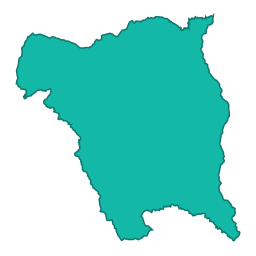 Samoeng, Chiang Mai, Thailand
{"feature_id": "78962969B23255460238511", "entity_name": "Samoeng", "entity_type": "district", "adm_level": 2, "iso_a3": "THA", "parent_name": "Thailand", "parent_adm1": "Chiang Mai", "projection": "natural_earth1", "projection_center": [98.669, 18.902], "detail": "fine", "context": "isolated", "style": "filled", "palette": "teal", "viewbox_px": 256, "rotation_deg": 0, "n_neighbors": 0, "source": "geoboundaries", "source_scale": "gbopen_adm2", "svg_char_len": 5740}
<svg xmlns="http://www.w3.org/2000/svg" viewBox="0 0 256 256"><path d="M53.8,111.7L59.2,113.5L58.8,114.6L59.2,115.7L58.2,118.2L58.2,119.2L59.5,119.7L60.8,118.6L62.0,119.7L63.2,120.2L63.4,120.8L65.1,120.6L66.6,121.2L68.4,123.1L68.4,123.9L69.0,123.3L69.3,124.3L70.9,125.1L71.4,124.8L70.5,127.0L72.6,128.3L73.4,130.1L74.9,130.9L75.4,132.1L76.4,132.5L76.8,133.8L77.8,134.4L78.1,135.1L80.5,137.3L80.6,139.0L79.7,140.2L79.1,139.7L78.8,140.7L79.1,141.9L78.4,142.5L79.6,143.6L79.1,144.8L79.8,145.7L79.5,147.0L80.1,148.5L78.2,150.3L78.2,151.4L77.4,151.4L74.9,153.2L74.8,154.9L76.6,156.3L78.3,156.3L78.8,156.7L79.6,159.0L80.6,159.7L81.1,161.4L80.8,162.0L81.5,162.5L81.3,164.1L82.5,166.6L82.4,169.5L83.9,171.5L84.9,171.4L86.6,172.2L87.0,173.3L87.7,173.8L87.6,176.0L89.0,176.8L89.1,178.7L90.5,179.8L90.8,184.1L92.5,185.4L93.2,188.1L94.2,188.1L95.6,189.9L98.2,191.7L98.2,193.6L100.4,195.6L100.5,197.7L99.7,197.9L99.1,199.4L100.0,205.6L101.0,208.1L100.9,209.9L100.2,211.5L103.9,212.3L104.8,212.9L106.0,215.0L106.2,217.6L107.2,220.5L108.6,220.1L110.2,220.6L111.5,219.7L112.2,220.0L112.9,224.1L114.3,225.5L114.6,228.3L116.0,228.7L116.3,231.0L117.9,235.1L121.4,240.2L121.9,240.4L124.4,238.4L125.9,239.1L127.8,239.1L129.2,239.6L133.2,239.5L135.2,238.4L138.6,239.7L142.5,237.4L143.9,235.8L146.7,236.0L147.7,234.4L148.8,231.3L150.8,230.0L152.4,229.8L148.4,226.1L145.8,225.8L145.2,225.3L144.0,222.7L142.5,217.7L141.0,216.2L142.9,212.8L144.3,211.2L147.2,210.0L147.9,210.8L149.2,210.6L151.5,212.5L152.2,211.9L152.2,210.8L153.1,209.5L154.8,209.6L155.3,210.8L156.0,210.2L157.2,210.0L158.5,210.0L159.3,210.5L159.8,210.0L159.7,209.0L163.2,209.1L163.1,208.5L164.1,207.0L164.0,206.3L166.0,207.0L166.3,206.3L168.0,206.7L169.7,206.1L170.3,206.9L170.8,206.7L170.7,205.8L171.5,204.7L172.7,204.3L174.7,205.8L177.3,205.2L178.8,207.2L179.1,208.7L180.6,208.1L181.3,209.2L182.1,208.9L183.5,209.3L185.4,210.5L187.5,210.2L188.9,211.3L189.1,213.1L191.4,213.7L192.4,215.0L192.9,214.9L193.1,215.8L195.1,215.4L197.4,214.0L200.7,214.3L202.0,213.3L203.0,213.8L203.9,213.4L205.5,213.9L205.7,214.9L204.9,215.8L205.1,217.2L206.2,217.3L206.7,218.2L207.7,218.6L209.5,218.0L209.9,221.4L211.6,221.5L213.5,222.3L214.0,223.7L215.8,225.3L216.0,227.5L216.8,226.7L217.3,226.8L217.1,227.7L217.8,229.1L219.8,228.1L220.7,229.4L221.9,230.2L221.9,232.5L223.9,231.9L227.2,234.1L227.8,236.4L229.2,236.8L229.8,237.7L231.9,238.3L232.8,240.2L233.6,240.6L234.2,240.6L235.4,238.4L237.8,236.8L239.1,234.9L239.7,233.4L239.7,232.2L239.0,231.6L237.6,231.5L236.3,229.0L236.9,227.5L235.1,226.3L236.0,223.4L233.1,221.4L231.9,218.8L232.1,217.0L234.4,215.5L234.6,214.0L235.4,212.7L234.8,211.2L235.0,208.5L231.6,206.6L231.0,204.5L227.7,200.4L224.7,200.2L223.6,199.5L222.8,198.2L222.3,196.1L219.3,190.7L218.9,188.6L219.1,186.0L221.1,183.5L221.0,182.7L219.5,181.2L219.0,180.1L219.2,177.4L218.4,174.9L219.3,172.0L220.4,165.6L224.3,161.4L224.0,160.0L223.0,158.2L224.3,156.7L223.5,154.4L223.5,152.7L222.2,149.6L221.3,148.3L221.2,146.8L219.9,145.0L219.7,143.5L220.5,140.6L220.3,139.0L221.0,137.0L221.0,134.6L222.6,133.1L222.5,129.9L223.5,126.6L224.8,123.6L226.0,123.0L227.5,120.4L228.0,117.6L229.4,116.1L229.1,114.7L229.4,113.9L228.7,109.3L228.7,104.5L227.3,102.0L224.1,99.9L222.4,98.2L221.4,96.0L220.6,95.6L220.8,92.9L221.8,91.5L221.8,89.7L219.9,87.4L219.4,83.8L216.3,80.2L215.2,79.9L213.9,78.7L209.3,72.9L208.9,69.7L207.6,66.9L207.5,64.4L205.1,63.2L204.8,60.2L203.1,58.1L202.9,56.1L203.3,54.3L200.5,49.1L202.2,46.9L202.0,44.8L202.9,41.4L201.5,38.4L202.1,35.4L203.6,34.0L206.0,33.3L206.5,28.8L207.6,27.3L208.0,25.1L210.3,24.8L210.8,24.1L211.8,24.0L212.5,23.0L213.1,21.7L212.7,19.9L213.3,15.4L212.3,16.6L211.3,15.8L208.7,16.9L208.8,17.3L208.0,17.6L206.5,17.2L206.1,18.3L205.6,17.1L205.5,17.8L204.3,18.5L203.1,18.6L202.8,18.2L202.3,18.7L201.8,17.6L197.7,18.1L197.1,17.4L196.1,17.8L195.3,16.8L194.0,18.8L193.2,18.8L192.8,18.2L192.0,18.3L191.8,18.8L191.3,18.4L190.7,19.6L189.9,19.9L188.9,18.7L188.7,19.2L189.2,20.6L188.6,22.5L187.7,23.0L188.1,24.0L188.9,24.0L189.1,23.5L189.6,24.3L188.5,25.3L188.8,26.1L188.2,26.8L188.7,28.5L187.7,27.7L186.2,28.7L185.9,28.3L185.6,28.8L185.0,27.9L184.1,28.0L183.2,29.9L181.6,29.8L181.3,30.3L180.8,29.8L181.1,28.1L180.7,27.4L179.3,27.8L177.6,25.7L176.8,25.6L176.3,24.9L174.5,23.8L173.5,23.7L173.3,23.1L171.5,22.1L171.1,21.4L170.5,21.3L170.0,22.0L169.6,22.0L169.1,20.1L167.2,18.7L164.4,18.4L162.2,17.2L155.9,16.6L153.7,18.2L152.8,18.3L151.0,17.6L149.1,18.5L148.0,17.5L145.1,20.2L142.4,20.3L141.0,21.9L139.1,21.2L135.9,21.2L134.6,23.0L133.8,22.7L132.5,20.8L131.6,20.8L129.5,22.1L126.7,28.6L125.6,29.6L122.1,30.3L117.5,36.6L115.4,36.3L113.4,35.1L112.8,34.1L111.3,33.9L110.5,33.3L106.5,34.1L105.7,34.6L103.4,34.8L101.6,35.7L101.7,38.8L100.7,39.9L98.8,40.5L97.0,39.5L96.3,39.7L94.7,41.9L94.2,43.9L92.7,44.5L91.9,46.1L88.5,47.7L86.8,47.5L81.9,48.2L79.4,47.6L75.2,43.9L70.2,42.2L68.7,41.2L66.2,41.1L63.9,39.9L61.0,39.9L58.6,38.5L55.8,38.1L55.0,37.3L53.0,36.9L52.0,36.9L49.9,38.1L48.9,38.0L47.1,36.9L40.6,34.3L38.7,34.3L35.5,35.0L34.0,34.7L33.0,33.3L32.5,33.3L29.1,36.6L27.7,37.0L27.1,39.3L25.2,41.7L23.9,45.7L21.8,48.0L22.1,52.4L21.9,56.0L19.1,58.5L18.3,65.1L16.5,70.7L17.4,76.5L18.0,78.0L16.6,81.4L16.8,82.7L16.3,83.6L17.0,83.8L18.7,86.7L20.1,87.2L20.9,88.9L25.3,89.6L26.3,90.6L26.2,93.9L25.4,94.1L25.5,95.2L24.7,95.0L24.3,95.5L24.8,96.6L23.6,96.8L24.0,97.9L25.1,98.8L26.6,97.5L27.2,96.5L31.2,95.7L32.3,94.4L35.8,92.0L36.6,90.8L37.5,90.2L39.3,90.2L41.0,89.6L42.8,90.9L43.6,90.5L45.5,91.2L46.0,91.1L46.5,89.9L50.4,89.0L51.0,89.8L51.1,90.8L50.3,93.9L48.0,96.7L46.8,98.9L44.9,99.7L43.5,101.8L44.3,104.0L45.4,104.2L46.2,105.3L46.1,106.2L46.9,106.3L47.5,107.1L48.5,107.1L50.0,108.3L52.1,107.5L53.9,108.0L54.2,109.0L53.9,109.6L54.8,110.7L53.8,111.7Z" fill="#14b8a6" stroke="#0f766e" stroke-width="1.5"/></svg>